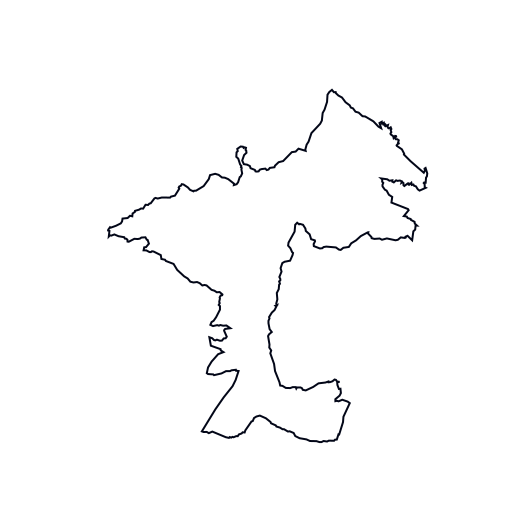 outline of Atzitzihuacán, Puebla, Mexico, rotated 113°
{"feature_id": "50627088B49203716131538", "entity_name": "Atzitzihuacán", "entity_type": "district", "adm_level": 2, "iso_a3": "MEX", "parent_name": "Mexico", "parent_adm1": "Puebla", "projection": "mercator", "projection_center": [-98.615, 18.813], "detail": "fine", "context": "isolated", "style": "outline", "palette": "ink", "viewbox_px": 512, "rotation_deg": 113, "n_neighbors": 0, "source": "geoboundaries", "source_scale": "gbopen_adm2", "svg_char_len": 6109}
<svg xmlns="http://www.w3.org/2000/svg" viewBox="0 0 512 512"><g transform="rotate(113 256 256)"><path d="M96.7,167.7L96.3,169.5L93.7,169.8L93.3,171.5L93.9,173.0L93.3,174.0L92.4,174.4L91.4,173.6L90.9,174.0L91.1,174.9L93.5,175.5L92.1,176.5L91.4,179.5L90.7,180.1L89.1,179.8L87.4,181.3L86.2,181.0L84.9,182.3L86.6,183.5L86.6,184.2L85.7,185.4L83.9,185.7L86.0,187.6L85.5,188.8L84.3,188.4L83.9,189.4L84.7,190.3L83.5,190.6L84.8,191.9L83.3,192.7L85.3,194.3L89.5,190.7L89.1,193.8L86.2,200.5L84.9,210.0L85.7,212.6L83.9,217.5L84.3,220.8L82.2,224.4L82.3,226.7L80.7,228.6L79.5,233.6L76.5,238.8L76.1,242.9L74.9,246.1L74.0,246.7L74.8,248.3L73.4,251.0L76.4,252.6L79.6,253.2L86.4,250.8L94.5,250.1L98.3,250.5L105.6,248.3L109.2,248.6L121.2,253.0L130.2,252.3L133.7,252.9L138.7,252.2L139.8,251.4L140.6,258.8L144.4,260.3L146.4,263.6L158.0,268.1L160.8,271.8L165.4,273.8L167.1,273.7L169.5,277.7L171.6,278.3L172.7,279.7L171.9,281.5L173.8,284.8L175.0,286.2L177.1,286.7L178.0,288.3L178.3,289.5L177.2,290.7L177.3,295.3L175.6,296.8L175.4,299.9L176.2,303.1L173.5,306.0L167.7,306.4L164.7,305.1L162.8,306.2L162.4,307.1L160.3,307.5L160.4,309.0L161.3,309.6L160.5,310.7L161.2,312.9L164.7,315.1L166.6,313.8L168.2,314.4L172.4,312.9L173.3,310.4L177.9,306.4L178.9,304.6L180.1,304.6L180.6,303.5L182.0,303.3L185.4,301.0L188.7,301.1L189.7,301.8L195.2,301.3L197.5,301.9L199.4,304.1L198.0,304.5L196.1,311.6L196.1,315.3L197.0,318.0L195.9,322.1L196.3,325.7L199.5,329.9L203.7,329.5L212.1,331.5L219.3,336.7L220.1,338.5L220.9,338.8L220.9,342.5L219.5,345.5L218.5,350.7L218.9,352.4L220.7,352.6L222.0,353.8L223.3,353.9L224.0,352.9L232.1,354.2L234.6,357.5L235.8,357.9L239.0,365.6L241.5,368.9L241.8,371.2L242.7,372.0L248.6,373.5L249.4,374.6L251.2,375.3L252.0,377.7L256.5,378.4L257.2,380.4L259.1,381.8L261.7,385.0L262.7,384.7L265.1,386.2L267.8,385.4L268.2,387.7L271.2,389.0L273.7,393.5L276.5,392.8L278.8,393.2L282.9,396.7L286.7,400.8L286.5,401.6L289.5,402.3L290.3,402.1L290.2,400.7L295.6,399.1L294.0,398.5L293.8,397.2L291.5,394.8L291.5,390.3L290.2,384.6L291.2,383.6L290.8,382.0L291.3,380.7L292.9,379.9L292.6,378.7L287.7,374.7L286.6,371.5L285.4,369.7L283.8,368.7L282.0,365.1L283.7,362.9L283.6,362.0L286.5,359.4L290.8,360.7L291.7,362.3L294.7,361.7L293.7,359.1L294.0,355.6L293.5,354.3L292.3,353.6L291.9,352.0L292.4,344.0L295.7,341.9L295.0,338.3L295.8,337.0L295.5,328.8L299.6,323.1L302.8,314.2L303.4,310.1L305.3,306.4L304.8,303.2L303.0,300.1L303.0,297.2L304.1,293.9L302.8,292.1L302.4,290.0L304.5,283.7L304.2,280.7L304.7,277.9L303.4,275.4L304.5,271.9L305.3,271.8L306.3,273.1L308.3,273.3L309.2,272.6L312.7,271.9L313.5,271.0L315.6,271.2L316.2,269.6L319.5,268.2L327.9,268.8L332.2,269.7L334.2,271.1L337.2,271.1L337.3,268.2L334.8,264.7L334.6,262.9L333.5,261.9L333.0,259.0L331.5,256.1L332.5,251.4L335.2,255.9L336.3,256.3L337.2,256.2L341.7,251.4L343.6,251.8L344.5,253.5L347.2,254.3L348.1,256.1L348.3,259.3L349.5,260.4L349.8,261.7L348.8,264.2L349.0,267.2L356.2,262.5L355.6,252.2L356.7,251.5L357.2,248.4L361.2,252.5L370.5,255.6L377.3,256.6L383.1,255.5L383.4,254.0L381.7,249.1L382.1,248.1L377.6,241.9L373.7,238.6L372.1,234.9L370.8,233.9L368.6,230.1L369.4,229.6L368.7,227.1L378.1,226.3L385.0,226.7L398.7,230.5L413.0,233.5L438.6,237.3L438.5,235.5L437.2,232.6L437.5,230.2L434.7,227.6L434.6,213.0L434.0,209.8L432.9,209.4L432.9,207.9L431.7,207.0L431.6,205.8L429.5,203.8L429.0,202.4L426.9,202.0L425.0,199.9L423.5,199.4L422.9,197.5L420.7,197.7L410.1,195.5L409.2,194.5L405.9,194.5L403.6,192.9L401.4,190.1L401.5,183.5L403.1,177.8L404.1,176.8L404.2,171.6L405.0,170.6L404.6,166.9L405.1,163.9L404.5,162.5L405.1,158.0L404.2,156.5L404.2,152.2L406.4,149.5L406.7,144.7L405.1,137.9L405.2,134.0L402.8,128.0L402.5,124.9L401.7,123.0L399.9,121.5L399.0,118.1L397.5,116.8L395.6,112.0L394.2,111.5L393.4,109.9L387.9,110.4L387.8,109.7L374.9,111.0L369.8,112.7L354.8,112.2L354.2,114.7L354.6,120.4L357.5,123.2L357.7,125.0L358.6,126.2L356.8,127.0L351.9,124.5L349.0,124.3L345.2,126.4L346.0,127.7L343.0,130.6L340.4,132.0L339.2,129.8L339.9,132.3L338.8,134.0L339.0,135.4L341.5,136.7L343.2,138.6L343.9,139.9L343.2,140.3L345.3,142.6L348.8,148.7L354.2,152.2L360.3,157.7L360.9,160.7L359.8,161.9L359.6,163.6L361.0,166.9L362.3,167.1L361.2,168.2L362.3,170.9L364.2,172.9L365.8,177.0L365.2,180.9L365.8,183.1L363.0,185.1L354.5,193.5L348.3,197.2L340.0,204.8L337.0,205.1L335.1,208.0L332.2,209.0L325.0,213.6L323.0,213.4L319.8,211.8L318.0,214.9L313.1,218.2L310.8,219.2L308.2,219.2L307.1,220.1L301.9,219.3L298.5,217.8L293.7,217.5L294.4,218.0L294.2,218.7L292.9,217.5L291.8,218.8L287.6,219.4L281.9,222.4L277.7,222.1L273.4,223.5L272.2,223.1L270.3,224.8L269.0,224.1L267.7,224.6L266.2,226.3L260.4,226.4L257.6,228.6L252.2,229.0L250.1,227.4L247.0,222.8L241.0,222.7L238.7,223.1L238.3,224.3L235.4,227.4L233.9,230.5L230.9,231.3L218.5,230.0L211.9,232.1L209.3,231.1L210.0,228.7L209.3,228.2L208.9,224.9L211.4,221.3L213.5,219.9L215.1,215.1L219.0,211.8L218.6,208.0L219.4,207.4L222.5,207.6L224.3,206.6L224.1,200.1L222.9,198.0L221.4,197.3L219.9,195.0L216.9,185.8L217.7,182.1L217.3,180.4L214.3,178.8L211.4,174.1L207.1,173.3L202.5,170.0L196.7,167.3L190.6,162.4L190.3,161.9L191.5,161.7L193.4,157.2L194.4,156.5L194.0,153.7L191.6,149.0L191.8,146.4L188.7,142.4L187.0,133.7L185.7,131.8L182.3,130.0L181.2,126.0L180.5,125.4L179.8,125.9L178.2,124.4L180.5,118.4L171.8,120.8L169.5,119.8L165.6,121.0L165.1,119.7L164.1,122.5L162.6,123.4L162.2,127.5L161.5,128.1L161.8,131.3L160.8,132.6L161.5,135.5L154.2,133.4L153.4,134.4L153.9,152.2L148.4,153.7L147.7,157.6L144.8,161.3L144.6,163.3L142.5,166.7L141.1,167.4L139.0,167.4L138.3,168.9L136.2,169.7L135.7,171.1L134.1,165.1L134.6,162.6L133.0,160.0L134.3,159.6L134.4,157.9L131.6,156.6L131.6,155.2L130.3,153.0L130.3,150.9L131.8,150.7L130.8,150.0L131.2,148.8L133.2,147.9L133.6,146.8L129.8,144.6L129.5,144.0L130.7,143.3L130.5,142.7L127.9,141.6L129.7,140.3L128.7,139.0L129.6,137.9L129.4,136.0L131.4,133.1L131.9,131.0L126.9,126.4L126.8,127.5L123.9,128.9L123.3,130.1L122.6,129.9L122.2,128.5L117.4,130.1L115.9,129.8L113.1,130.6L108.7,134.3L109.7,135.0L111.4,133.9L113.8,134.1L108.3,150.9L104.8,159.5L103.9,159.6L100.8,163.4L99.6,169.4L99.2,169.8L96.6,169.0L96.7,167.7Z" fill="none" stroke="#020617" stroke-width="2"/></g></svg>